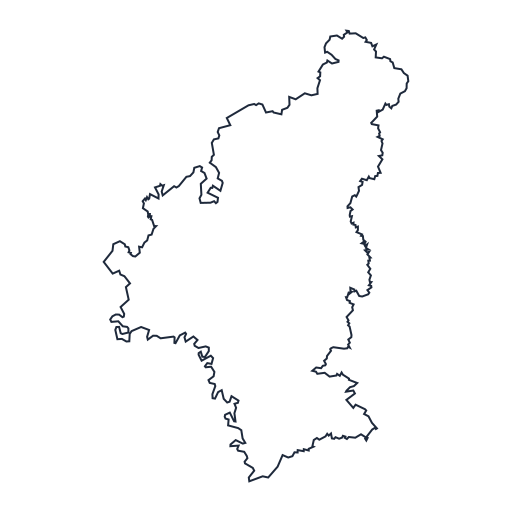 outline of Tantoyuca, Veracruz, Mexico
{"feature_id": "50627088B9649339399974", "entity_name": "Tantoyuca", "entity_type": "district", "adm_level": 2, "iso_a3": "MEX", "parent_name": "Mexico", "parent_adm1": "Veracruz", "projection": "mercator", "projection_center": [-98.193, 21.39], "detail": "fine", "context": "isolated", "style": "outline", "palette": "slate", "viewbox_px": 512, "rotation_deg": 0, "n_neighbors": 0, "source": "geoboundaries", "source_scale": "gbopen_adm2", "svg_char_len": 6068}
<svg xmlns="http://www.w3.org/2000/svg" viewBox="0 0 512 512"><path d="M249.3,481.3L262.7,476.3L268.2,477.5L277.6,466.7L282.6,455.1L288.2,457.5L292.4,456.2L294.5,452.3L297.6,452.5L297.7,450.1L303.7,451.2L303.8,449.2L308.7,450.5L308.7,448.8L313.5,446.7L312.4,446.2L313.8,440.0L316.9,438.0L319.3,439.7L325.5,436.4L327.2,433.8L328.7,435.6L331.0,433.5L331.9,438.4L334.2,438.8L335.5,437.2L339.1,438.7L342.1,437.6L342.9,435.8L345.4,436.6L344.8,437.8L346.9,439.0L348.8,437.0L355.3,437.7L361.0,434.3L366.0,437.5L365.1,438.6L366.3,440.5L367.6,437.9L366.2,437.3L372.2,429.5L375.2,427.7L375.9,429.0L376.9,428.4L371.9,422.8L368.5,416.3L364.1,414.0L366.2,410.5L365.0,409.2L355.6,404.7L353.3,407.9L346.4,399.9L354.9,393.5L353.3,390.5L346.0,391.7L346.5,390.7L350.0,387.2L353.9,386.1L357.2,383.0L348.9,379.8L349.0,378.6L342.9,374.7L341.6,372.5L339.8,375.8L337.1,373.9L336.4,375.5L329.6,376.6L324.7,372.8L317.3,373.8L316.0,371.7L312.3,370.8L316.2,367.5L321.1,368.2L322.8,365.8L325.3,365.3L325.9,364.1L324.1,360.8L326.8,358.5L327.0,356.0L331.0,350.8L330.2,349.1L331.1,348.2L333.3,347.2L344.0,348.7L347.2,348.3L348.1,346.8L349.7,347.6L348.1,344.6L349.8,342.7L348.3,339.5L351.3,337.2L351.5,335.1L349.6,326.6L348.1,325.3L349.3,323.3L347.5,321.8L348.5,320.4L346.6,317.0L352.9,310.3L352.2,307.2L353.6,304.4L349.6,302.8L349.9,301.1L347.0,300.0L346.0,297.2L347.2,297.2L348.9,291.8L349.3,293.9L351.9,291.8L350.5,291.4L350.3,287.8L354.3,289.5L354.5,291.4L356.3,290.7L359.2,296.0L362.2,296.5L368.2,294.3L369.3,292.7L367.4,290.1L371.4,287.4L371.2,285.9L368.9,285.3L371.3,282.1L369.9,282.0L369.4,279.7L370.9,275.4L368.2,272.3L370.3,268.8L367.3,264.8L368.7,263.5L368.3,260.7L369.9,260.6L369.4,257.8L370.5,257.6L367.4,254.4L369.1,251.8L367.1,252.4L365.0,250.3L368.5,249.5L365.9,247.9L367.1,244.4L365.0,245.9L364.0,243.8L361.7,243.3L363.5,241.9L365.0,243.0L365.6,241.7L363.3,239.8L362.9,236.1L361.1,235.8L362.0,234.4L356.5,232.1L357.9,230.1L357.9,226.6L355.8,227.4L355.5,225.0L353.4,224.6L353.5,222.7L351.6,223.5L350.7,221.5L351.9,216.2L349.9,216.6L349.7,215.1L350.5,211.0L352.6,209.5L350.4,207.3L347.6,208.0L347.5,206.3L350.4,203.1L352.2,196.5L354.8,195.2L356.2,196.6L356.9,195.4L359.0,190.8L358.5,187.1L362.1,184.9L362.6,181.9L360.2,181.1L361.9,178.7L366.8,180.2L368.8,176.6L369.6,178.1L374.3,179.2L375.2,176.1L377.4,175.9L377.9,173.0L380.6,172.8L378.0,166.6L382.4,159.3L378.9,156.0L382.3,155.3L382.7,152.8L381.0,150.1L382.5,143.5L381.5,141.0L382.7,139.3L377.6,136.9L379.7,135.8L379.1,133.5L380.1,132.3L378.1,128.3L378.5,125.4L371.8,124.1L371.2,122.9L377.2,116.6L376.7,110.7L378.5,110.3L378.2,112.1L382.7,109.6L385.4,103.6L386.4,104.9L388.9,104.2L389.3,106.6L391.3,108.3L392.3,105.9L396.1,104.6L398.6,101.8L398.3,98.7L400.3,93.6L404.9,91.2L406.6,88.2L406.7,83.5L408.3,81.2L407.6,75.7L403.9,73.1L401.4,69.3L394.3,68.1L392.7,62.5L390.4,61.2L390.1,59.1L383.9,56.7L382.0,58.3L375.7,57.4L376.0,51.5L374.1,49.5L376.3,44.5L372.4,46.3L371.1,42.9L365.6,41.8L366.8,40.0L365.3,37.4L363.3,38.0L355.7,33.3L349.6,33.6L348.8,31.0L346.5,30.7L347.5,32.4L343.8,34.8L344.1,36.7L342.1,38.7L336.9,35.5L330.3,36.5L329.6,39.7L326.0,43.4L324.5,47.2L325.1,52.6L327.2,51.8L331.6,54.8L335.4,59.0L338.6,60.4L338.5,61.9L332.0,63.5L327.4,60.5L326.9,62.5L322.9,64.5L318.5,71.6L320.3,72.4L320.1,76.3L317.6,78.1L320.0,80.2L317.4,88.2L317.6,93.9L311.4,95.3L304.8,93.3L295.7,99.3L289.2,96.9L289.5,104.8L287.4,107.8L282.1,109.8L281.4,114.3L273.6,112.5L272.6,111.2L266.0,112.5L262.4,104.5L258.7,103.4L256.1,105.1L254.2,104.0L248.5,105.3L226.8,118.0L230.3,125.2L219.0,128.2L217.7,132.0L219.3,135.4L218.4,138.4L213.9,139.4L211.8,142.9L213.9,154.8L211.8,156.8L211.6,160.3L209.8,162.7L215.9,167.1L219.1,172.9L217.7,178.4L221.9,180.8L222.7,182.9L220.4,190.8L212.9,185.7L212.3,187.9L210.7,187.8L207.6,192.7L218.0,197.8L217.5,201.9L215.9,203.2L214.1,201.2L210.5,202.7L200.7,202.9L199.5,198.3L201.4,194.8L200.8,183.8L206.6,178.6L204.5,173.0L201.1,171.0L202.1,167.5L199.7,166.1L194.3,167.8L193.4,172.4L190.0,176.1L186.4,176.8L178.8,186.1L176.4,187.5L174.1,186.2L162.7,195.4L161.7,191.5L163.8,185.2L162.2,185.7L160.4,184.1L160.0,185.8L155.0,187.4L158.6,194.4L158.5,198.5L150.0,194.1L149.2,198.6L148.3,199.3L147.0,197.1L145.8,200.1L144.9,198.6L142.7,201.2L143.9,203.4L142.9,208.2L147.7,211.5L148.1,213.9L149.9,214.0L149.7,216.3L148.1,215.4L147.9,216.6L148.5,217.5L150.5,216.1L151.4,216.2L150.7,219.3L152.1,219.9L154.1,226.0L156.1,226.1L153.5,228.8L151.6,234.6L148.5,235.4L147.2,240.4L144.4,242.6L142.1,247.3L139.1,246.7L139.8,252.7L135.3,256.5L132.9,256.1L130.5,254.1L130.9,252.9L128.6,252.3L129.4,250.3L128.3,247.2L125.3,246.5L124.8,244.3L119.9,241.2L113.3,244.2L112.5,250.8L103.7,261.9L112.7,273.6L119.2,270.7L120.4,274.5L124.4,276.2L130.0,283.4L125.9,287.1L128.7,299.7L120.6,307.0L124.2,313.9L123.8,316.6L122.5,317.2L119.1,314.6L115.8,314.5L112.4,316.3L110.2,319.5L111.4,321.9L118.3,321.3L122.8,326.3L127.1,326.9L128.4,328.4L128.4,332.5L122.4,334.0L120.7,333.2L119.1,326.9L116.4,327.0L115.3,329.9L117.4,339.2L121.9,338.9L126.4,341.5L129.3,341.3L129.7,333.9L131.6,331.1L141.1,327.0L149.1,330.0L147.1,336.8L147.8,339.6L153.1,335.7L156.7,335.8L160.6,338.3L173.5,336.6L174.6,337.4L174.4,342.9L175.5,343.2L179.8,335.4L185.2,332.6L186.1,333.9L184.5,337.3L185.7,341.6L193.4,336.5L197.5,340.0L194.2,343.9L194.7,345.8L198.5,348.0L205.7,346.4L208.8,347.6L208.8,351.1L204.9,357.0L202.3,356.7L200.8,351.7L198.7,353.1L198.6,354.7L201.6,360.7L210.8,355.7L213.1,358.1L211.5,363.9L207.3,363.1L204.9,366.3L205.7,367.3L211.1,366.7L214.4,371.9L213.6,376.3L208.5,380.1L209.7,382.9L214.7,384.0L215.3,386.1L212.4,394.2L212.6,398.2L215.0,398.6L218.1,392.1L221.7,390.2L223.7,398.8L227.2,402.5L229.6,401.7L231.5,396.2L238.5,400.6L237.9,402.8L234.5,403.8L236.1,407.8L234.4,413.2L235.5,421.5L234.1,421.3L229.8,412.6L225.1,414.8L224.7,416.7L225.5,418.6L228.6,419.5L228.1,425.4L238.2,428.1L241.3,430.2L242.6,438.4L245.3,442.9L242.8,443.6L235.7,440.1L230.5,444.5L230.4,446.2L238.6,445.6L237.2,449.0L238.1,450.7L244.2,451.8L246.8,456.0L247.4,458.2L244.6,461.7L245.0,463.4L252.8,467.9L254.2,470.7L248.8,477.5L249.3,481.3Z" fill="none" stroke="#1e293b" stroke-width="2"/></svg>